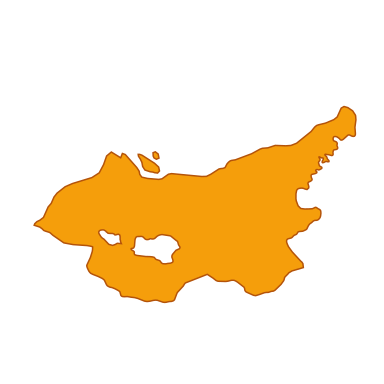 the State of Selangor, rotated 103°
{"feature_id": "MYS-1148", "entity_name": "Selangor", "entity_type": "State", "adm_level": 1, "iso_a3": "MYS", "parent_name": "Malaysia", "parent_adm1": "", "projection": "robinson", "projection_center": [101.463, 3.229], "detail": "fine", "context": "isolated", "style": "filled", "palette": "amber", "viewbox_px": 384, "rotation_deg": 103, "n_neighbors": 0, "source": "natural_earth", "source_scale": "10m", "svg_char_len": 5938}
<svg xmlns="http://www.w3.org/2000/svg" viewBox="0 0 384 384"><g transform="rotate(103 192 192)"><path d="M259.9,338.3L258.3,338.1L255.7,336.4L253.7,333.9L250.2,331.0L238.9,328.8L234.7,326.6L227.9,325.3L223.4,323.2L215.3,316.7L210.6,310.3L200.5,292.8L194.2,286.7L185.2,284.3L176.1,283.3L171.2,279.6L174.7,269.2L170.1,268.5L170.5,265.4L180.6,251.3L183.6,248.2L186.5,246.9L188.8,244.3L188.8,238.3L187.2,227.2L185.9,224.2L180.0,219.0L178.7,216.1L174.7,186.0L173.5,181.4L170.5,177.7L163.5,170.9L162.7,169.2L162.0,167.1L160.8,165.3L156.7,164.2L154.7,163.1L153.1,161.8L152.4,160.7L150.9,157.0L141.3,142.5L134.9,135.3L133.6,133.3L131.9,128.0L127.9,121.4L125.9,111.0L124.4,106.1L121.0,101.1L106.2,89.5L101.2,87.1L99.2,85.6L98.1,83.9L94.9,77.5L89.6,70.1L86.2,67.4L76.7,65.5L74.5,63.1L74.7,59.1L76.8,53.7L80.3,50.1L81.0,49.7L84.9,48.5L92.3,47.8L98.0,46.0L99.6,45.7L100.4,45.9L101.1,46.3L101.6,47.5L101.6,48.5L101.5,49.3L101.1,50.9L101.0,51.6L101.2,52.3L101.6,52.9L106.6,56.4L107.6,57.5L107.9,58.5L107.7,59.2L106.8,60.4L106.2,61.7L105.7,63.1L105.6,64.0L105.7,64.8L105.9,65.6L106.3,66.2L107.0,66.5L107.9,66.6L109.4,66.2L110.0,65.6L110.3,65.1L110.5,63.5L110.7,62.7L111.1,62.1L111.5,61.7L112.3,61.3L113.8,61.3L114.3,61.1L115.6,60.2L116.1,60.0L116.8,59.9L117.6,60.3L118.3,61.3L118.6,62.3L119.1,63.2L119.9,63.6L121.6,63.6L123.4,63.0L124.0,63.0L124.7,63.3L125.1,64.3L124.9,67.0L125.1,68.5L125.1,69.4L125.1,70.2L125.4,70.8L125.8,70.9L126.4,70.4L127.2,69.0L127.7,68.5L128.9,67.8L129.4,67.4L129.8,66.9L130.6,65.7L131.2,65.4L131.6,65.4L132.0,66.3L132.0,68.0L132.3,68.7L132.7,69.2L133.6,70.2L133.9,70.8L134.1,71.4L133.7,71.9L132.7,72.0L130.9,71.5L129.9,71.6L129.4,72.0L129.6,73.4L129.5,74.2L129.1,75.6L129.2,76.1L129.7,76.1L131.2,74.7L132.0,74.5L132.9,74.7L134.0,75.3L135.1,75.3L137.7,73.8L138.2,72.9L138.6,71.3L139.1,70.9L139.9,70.9L141.6,72.7L142.0,73.5L141.9,75.0L142.1,75.6L142.5,76.1L143.0,76.3L143.6,76.2L144.0,75.3L144.5,74.8L145.2,74.8L146.0,75.6L146.5,76.4L147.9,79.2L148.5,79.6L149.3,79.7L150.8,79.1L152.3,78.0L152.9,77.8L153.8,78.0L154.9,79.0L156.1,80.6L156.7,80.9L157.5,81.0L160.4,79.4L161.8,79.2L163.7,80.5L163.7,82.4L163.4,84.2L163.4,85.1L163.7,86.7L164.3,88.2L164.6,88.8L165.0,89.4L165.6,89.8L166.2,90.2L167.0,90.4L170.3,90.3L175.2,89.2L177.2,88.4L181.6,85.5L183.6,82.3L183.2,78.3L182.2,74.3L181.3,71.2L180.9,70.5L179.2,68.4L179.1,67.8L179.2,67.1L179.5,66.4L180.1,64.9L180.2,64.1L180.5,63.4L180.9,62.8L181.4,62.4L182.4,62.0L183.8,61.6L186.5,61.3L188.3,61.5L190.3,62.5L191.1,63.4L191.6,64.3L192.0,65.9L192.4,66.5L192.8,67.1L193.9,67.9L194.4,68.2L195.3,68.9L196.5,70.0L197.8,70.7L199.4,71.2L201.8,71.7L202.4,71.9L202.9,72.3L203.4,72.8L205.1,75.0L205.4,75.6L206.4,78.6L206.7,79.1L206.9,79.5L207.4,79.8L209.2,80.4L209.9,80.9L210.3,81.4L211.1,82.6L212.2,83.4L213.5,84.1L214.0,84.5L214.5,85.0L216.0,87.9L216.4,88.3L216.9,88.7L217.7,88.9L219.0,88.7L219.8,88.4L221.5,87.3L223.6,85.7L227.8,80.9L234.9,70.5L235.5,69.3L236.4,68.3L236.9,67.8L240.6,66.5L246.4,76.8L249.0,79.5L250.3,80.1L253.7,82.2L254.8,82.6L255.5,82.5L257.1,82.6L258.0,82.8L262.0,84.5L269.0,89.0L270.2,90.3L271.0,92.4L272.5,94.8L272.8,95.5L272.9,96.3L273.8,98.7L276.8,103.4L278.7,106.7L278.8,108.9L277.4,115.9L277.1,117.0L276.7,117.6L276.2,118.1L275.6,118.5L274.3,119.0L273.1,119.8L269.6,127.3L268.9,129.4L268.6,131.0L268.7,131.9L268.9,132.7L269.1,133.5L269.4,134.2L270.8,136.9L271.6,139.0L273.1,146.5L273.0,147.7L272.8,148.7L271.1,152.3L268.8,158.6L282.1,178.0L283.5,178.7L285.5,179.3L293.1,183.6L294.2,183.9L300.9,184.8L302.0,185.5L302.4,186.0L303.2,187.3L303.9,189.6L305.2,192.3L305.7,193.7L305.9,195.5L305.3,201.5L305.6,203.4L306.4,205.5L307.7,208.1L308.3,209.6L308.8,211.1L308.9,211.9L309.0,213.8L307.9,220.9L307.8,224.2L308.2,227.7L308.4,231.4L309.3,234.6L309.5,236.3L309.3,237.2L308.8,238.0L305.5,239.8L304.9,240.8L304.4,242.3L303.6,245.3L303.1,248.4L303.2,250.3L303.1,251.1L302.7,252.7L302.3,253.6L301.5,254.5L297.7,257.5L297.3,258.1L296.9,258.9L296.4,260.1L295.4,264.4L294.6,269.9L294.0,272.4L293.3,273.5L292.3,274.7L289.8,276.7L288.4,277.6L287.2,278.0L286.4,277.9L278.8,276.3L272.6,275.8L270.9,275.9L268.1,276.4L267.7,276.6L267.6,278.6L267.8,282.2L270.0,296.0L270.4,305.4L265.5,317.7L263.7,321.0L263.4,322.0L263.1,326.0L262.8,327.8L261.6,329.7L260.4,332.5L259.9,338.3ZM258.9,197.2L257.3,197.0L252.4,194.5L250.1,191.5L249.1,191.2L248.4,191.3L246.4,193.3L243.8,194.7L243.4,195.1L243.2,195.5L242.5,197.1L239.7,202.8L239.6,203.5L240.2,211.6L240.5,212.4L241.3,214.1L242.3,215.4L242.9,216.0L245.5,217.8L246.1,218.5L246.6,219.5L246.8,220.6L246.8,221.8L247.0,222.3L247.1,222.6L247.4,222.8L248.0,223.6L248.5,225.0L248.6,225.9L248.5,226.6L248.3,227.2L247.2,228.9L246.8,229.7L246.6,230.6L246.7,231.6L247.2,233.3L247.5,234.5L247.8,235.5L248.4,236.2L249.5,236.6L250.8,236.8L252.1,236.7L257.6,235.9L259.0,236.1L259.6,236.3L260.0,236.8L260.7,238.4L261.2,238.6L261.9,238.0L262.3,237.0L262.7,235.7L263.2,234.9L263.7,234.6L264.5,234.6L265.2,234.3L265.9,233.8L266.1,232.8L266.2,231.5L265.3,222.7L264.4,218.3L264.1,215.7L264.2,214.1L264.7,213.4L265.5,212.5L265.8,211.6L266.1,208.3L266.5,207.4L267.9,205.9L268.2,205.2L268.4,204.2L268.2,202.8L267.9,201.4L267.0,199.4L266.2,196.9L265.5,196.0L265.0,195.3L264.2,194.9L263.3,195.0L261.4,196.0L260.3,196.8L258.9,197.2ZM251.8,273.9L253.2,273.5L256.1,270.6L257.1,269.0L257.8,267.1L261.7,261.3L261.9,257.3L260.4,255.0L258.8,253.3L258.2,249.2L256.6,250.4L255.8,250.6L254.6,251.3L251.6,252.0L250.2,252.7L249.7,254.0L250.2,255.4L251.0,256.7L251.1,257.7L250.4,258.6L250.3,260.1L251.0,263.6L251.0,264.8L250.5,265.5L250.1,266.6L249.5,267.2L248.8,269.4L249.1,271.0L249.9,272.8L250.9,273.6L251.8,273.9ZM181.6,232.9L181.4,234.5L181.7,237.5L181.2,242.8L178.3,245.8L174.4,247.5L171.4,249.9L170.2,251.2L169.0,252.3L167.4,252.9L167.1,251.5L167.4,249.0L172.4,235.0L175.2,230.1L178.8,228.4L181.3,229.8L181.6,232.9ZM168.1,234.1L167.3,236.7L165.7,237.9L162.5,238.8L161.1,236.8L162.6,233.5L166.4,231.8L168.1,234.1Z" fill="#f59e0b" stroke="#b45309" stroke-width="1.5"/></g></svg>